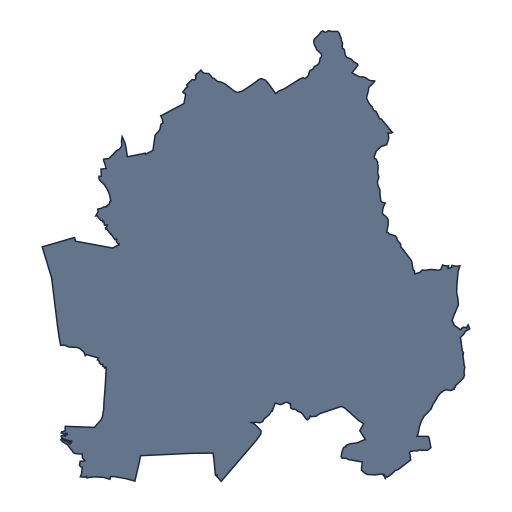 outline of Cerna, Tulcea, Romania
{"feature_id": "2599482B66510571343783", "entity_name": "Cerna", "entity_type": "district", "adm_level": 2, "iso_a3": "ROU", "parent_name": "Romania", "parent_adm1": "Tulcea", "projection": "albers", "projection_center": [28.311, 45.064], "detail": "fine", "context": "isolated", "style": "filled", "palette": "slate", "viewbox_px": 512, "rotation_deg": 0, "n_neighbors": 0, "source": "geoboundaries", "source_scale": "gbopen_adm2", "svg_char_len": 5939}
<svg xmlns="http://www.w3.org/2000/svg" viewBox="0 0 512 512"><path d="M337.6,31.4L331.0,31.4L329.3,30.7L327.9,30.9L325.9,32.3L324.8,32.2L322.9,30.9L321.2,31.7L319.2,34.5L314.3,39.1L313.7,41.0L314.2,44.2L316.8,49.8L321.0,53.6L321.7,55.3L321.5,56.5L320.0,58.5L319.5,61.9L318.7,63.7L316.0,65.9L314.5,66.5L312.6,69.3L310.2,70.4L309.3,71.9L308.4,75.6L305.2,78.5L302.8,77.8L300.0,78.9L284.5,88.7L278.2,91.3L275.7,93.6L269.4,84.9L265.4,80.1L261.1,78.6L259.1,79.3L252.2,84.6L242.6,90.9L237.9,92.4L236.7,92.4L234.3,91.1L224.7,83.7L220.3,81.8L219.1,81.8L217.1,81.1L214.0,78.3L212.5,78.1L211.2,76.2L208.8,73.6L203.9,73.2L202.4,72.0L201.0,70.1L195.4,75.2L196.2,76.4L195.7,77.3L195.8,78.9L194.6,80.0L193.1,79.6L192.0,79.7L186.6,84.9L187.8,86.3L185.5,88.5L182.8,92.2L185.7,94.4L183.9,103.6L160.7,115.9L162.3,118.9L163.0,123.0L160.9,124.3L159.8,129.9L155.1,135.2L152.9,150.5L145.5,154.2L145.2,153.2L127.4,156.8L126.0,147.5L125.3,144.3L124.7,142.3L122.2,136.7L121.5,141.2L121.8,145.9L120.0,148.5L119.1,149.3L116.9,150.3L114.3,152.9L113.3,154.5L111.8,155.5L109.0,158.5L103.8,159.1L103.5,159.5L103.8,161.3L104.5,162.6L106.2,168.5L101.0,169.1L101.3,176.3L99.0,176.3L99.0,178.3L99.4,179.8L104.2,184.6L107.5,189.5L109.6,194.9L110.8,201.1L109.9,201.4L109.2,204.0L106.5,206.1L106.5,206.8L103.8,206.9L101.4,208.3L97.9,209.0L98.1,211.6L95.8,215.9L97.0,215.6L99.4,218.9L101.2,220.6L102.6,220.3L103.1,221.4L102.7,221.5L102.8,221.9L103.8,221.7L104.5,225.2L107.4,225.0L106.4,226.9L105.4,227.7L105.5,228.6L106.0,229.3L106.7,229.0L110.9,234.4L111.2,234.1L114.8,239.6L116.6,239.0L116.8,239.7L116.3,240.2L116.3,240.8L116.8,242.1L117.9,243.6L119.1,244.0L119.2,244.8L112.8,247.9L112.0,247.9L75.2,241.1L75.1,239.2L74.5,237.5L42.2,246.9L52.2,279.8L51.9,279.9L57.5,325.8L59.0,336.6L60.6,345.3L64.8,345.3L68.9,347.0L77.3,347.5L80.0,348.7L83.4,351.5L84.3,352.8L85.3,355.7L86.4,354.6L87.0,354.7L98.3,358.0L97.4,359.9L98.2,360.1L99.1,361.0L99.3,362.9L100.5,363.4L101.0,364.5L102.9,364.4L102.8,366.1L104.5,367.0L104.5,368.0L105.2,368.1L105.9,367.3L106.3,367.8L105.1,387.6L103.9,402.9L103.7,409.9L103.2,411.5L102.5,416.4L101.7,418.5L100.5,420.4L94.4,427.4L65.3,426.3L65.1,430.3L64.6,431.1L61.7,431.8L61.2,432.9L64.7,434.4L65.5,433.3L67.1,433.3L67.3,434.7L65.1,434.9L65.1,436.0L63.7,435.4L61.3,435.8L61.2,436.8L63.0,438.9L65.0,439.2L65.7,440.2L66.8,440.0L69.7,440.9L69.6,441.5L69.9,441.8L71.6,440.9L71.8,441.3L71.3,442.6L70.0,444.1L67.1,441.1L64.9,440.9L61.7,438.6L60.8,439.8L62.8,441.9L67.6,444.8L71.1,449.6L72.0,450.3L72.9,452.0L74.5,453.4L79.5,454.0L82.1,453.8L82.4,457.9L84.8,460.5L83.4,461.3L80.2,461.1L79.5,465.0L79.7,465.6L80.7,466.8L82.3,467.1L81.5,473.8L80.3,476.8L84.1,477.1L85.6,477.1L86.5,476.4L87.0,478.0L89.5,477.3L94.3,476.9L103.2,477.3L110.0,479.3L110.5,476.6L114.4,476.6L125.8,478.6L134.9,481.1L139.4,461.8L140.5,455.7L192.1,453.3L213.0,453.1L213.8,458.2L215.4,475.0L217.2,474.8L217.2,475.4L216.4,475.9L221.2,481.3L256.4,440.2L260.8,434.0L261.1,431.1L260.6,430.2L254.7,424.2L251.5,422.5L256.7,422.3L259.8,422.9L262.8,421.4L264.0,419.1L264.9,418.2L269.2,414.8L271.8,410.6L272.3,411.0L275.1,403.3L275.6,403.2L280.0,404.6L282.6,404.0L285.0,402.5L287.6,402.4L289.2,403.5L290.3,403.4L290.7,408.0L292.8,409.2L295.8,409.5L297.7,411.3L301.0,412.5L302.9,414.5L306.2,419.2L307.2,419.8L308.1,419.5L309.4,418.1L310.2,416.0L311.2,416.7L316.3,416.2L319.3,413.8L341.5,406.4L345.3,408.4L358.7,420.5L363.7,423.7L359.8,430.6L365.3,439.5L360.4,441.3L358.3,442.6L349.9,443.9L346.7,445.0L346.0,445.6L345.7,446.8L344.2,447.1L343.3,448.0L342.0,451.9L341.1,456.5L342.2,458.2L346.3,458.4L348.7,459.6L362.3,462.0L361.4,470.1L364.2,472.7L367.4,474.5L375.5,474.9L381.0,474.0L382.2,474.0L382.7,474.7L384.0,474.4L384.3,474.6L383.7,475.6L384.8,477.0L385.0,478.2L385.3,478.5L386.0,476.4L387.5,477.0L391.5,474.2L395.0,470.7L398.1,469.6L410.8,459.9L410.1,457.5L410.5,456.7L410.1,456.3L410.1,454.8L409.4,453.2L410.3,451.4L414.1,450.8L417.3,451.0L419.5,449.8L421.0,450.3L427.6,450.3L430.9,447.6L429.2,438.6L428.4,436.4L417.0,436.3L417.8,434.6L419.7,425.9L421.3,421.1L424.3,416.0L431.3,408.7L432.5,405.3L436.8,398.5L436.5,398.3L437.1,397.1L440.6,392.9L444.4,390.3L446.6,389.8L450.4,390.6L454.1,389.3L453.5,388.6L455.3,387.1L455.4,385.9L462.8,378.7L463.7,377.5L464.5,374.8L464.0,372.7L464.4,368.7L464.9,367.8L464.2,365.1L463.0,356.0L462.9,355.0L463.1,355.1L463.5,352.8L462.3,350.8L460.5,337.7L461.5,336.2L463.5,334.6L465.3,331.5L469.8,328.7L468.1,324.8L466.3,328.1L465.0,327.2L463.2,327.2L462.7,328.0L461.9,328.0L460.7,329.9L454.1,325.1L453.3,322.6L452.0,320.9L453.9,315.5L458.2,305.3L458.4,303.8L457.7,297.1L456.9,294.4L456.7,292.6L456.8,286.3L458.1,271.5L459.9,265.9L455.9,266.2L451.9,265.4L451.2,267.7L447.9,268.3L448.6,265.9L444.5,265.7L442.6,264.9L440.7,269.6L438.6,270.2L430.5,269.4L425.6,270.3L422.3,270.0L419.8,272.4L414.7,273.9L414.5,271.0L414.2,270.4L413.2,270.1L411.9,262.3L411.2,260.2L400.6,246.4L400.7,244.2L397.3,240.1L396.7,237.5L395.1,235.8L389.1,234.0L388.3,232.8L386.7,232.1L388.2,224.6L388.1,219.6L387.2,218.1L384.9,215.6L383.1,214.6L382.4,213.1L382.7,209.8L383.7,206.0L385.3,203.1L384.1,202.6L382.6,202.5L381.2,201.4L380.7,200.5L380.0,193.8L380.0,190.4L378.0,185.4L377.5,182.9L377.6,181.2L378.9,177.0L377.6,172.7L378.2,168.0L377.9,166.9L378.1,165.3L377.6,164.3L377.6,162.3L376.2,159.2L374.5,158.3L374.1,156.6L375.4,153.8L376.1,151.3L379.2,148.2L381.9,146.0L383.5,145.9L386.8,144.6L388.7,138.1L388.6,135.5L387.7,133.1L391.3,133.1L392.5,132.5L389.4,129.2L389.0,128.3L381.3,119.0L379.6,118.8L376.4,111.9L375.7,111.2L373.9,110.6L371.9,106.4L370.9,105.7L368.6,102.5L366.6,98.3L366.7,96.8L368.3,91.2L368.7,87.5L374.7,81.4L374.7,80.9L370.3,80.6L368.7,79.9L365.8,77.8L362.9,76.8L360.7,77.1L359.1,76.7L352.0,72.8L357.5,65.8L357.9,65.4L357.7,64.4L357.0,63.6L353.6,61.7L351.3,59.2L347.0,57.4L345.5,55.6L345.0,54.2L344.5,50.2L343.6,48.9L342.4,48.5L342.2,45.7L342.3,44.0L342.6,43.7L341.4,40.2L341.2,38.4L339.7,34.8L339.4,33.5L337.6,31.4Z" fill="#64748b" stroke="#1e293b" stroke-width="1.5"/></svg>